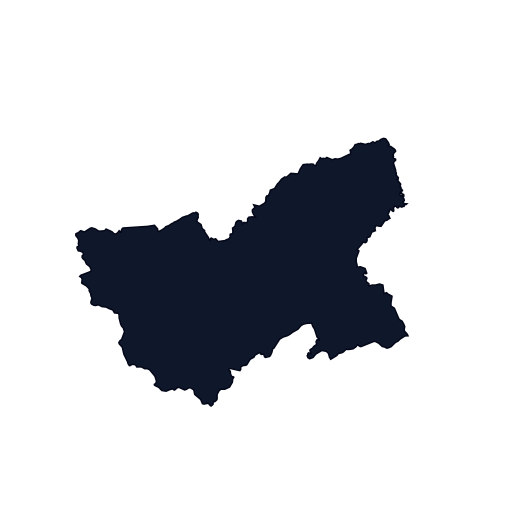 Lam Ha, Lâm Đồng, Vietnam, rotated 26°
{"feature_id": "81297802B58085294619279", "entity_name": "Lam Ha", "entity_type": "district", "adm_level": 2, "iso_a3": "VNM", "parent_name": "Vietnam", "parent_adm1": "Lâm Đồng", "projection": "albers", "projection_center": [108.219, 11.861], "detail": "fine", "context": "isolated", "style": "filled", "palette": "ink", "viewbox_px": 512, "rotation_deg": 26, "n_neighbors": 0, "source": "geoboundaries", "source_scale": "gbopen_adm2", "svg_char_len": 6140}
<svg xmlns="http://www.w3.org/2000/svg" viewBox="0 0 512 512"><g transform="rotate(26 256 256)"><path d="M359.9,163.5L357.8,161.7L356.4,161.2L356.2,155.3L357.0,155.0L359.1,155.8L360.0,155.6L359.9,154.8L358.5,152.5L358.7,150.5L360.0,149.9L361.4,150.6L362.5,150.6L363.4,148.3L365.5,148.2L366.4,147.3L366.6,146.5L367.3,146.4L367.2,144.5L368.3,144.0L368.7,143.0L367.2,143.7L364.9,143.8L364.6,142.5L365.0,141.3L364.6,140.5L363.6,140.0L363.6,139.4L362.3,139.2L362.2,138.5L362.7,137.5L361.8,136.0L360.1,136.1L361.0,137.5L360.7,138.3L358.5,138.3L358.0,136.6L359.2,136.3L359.5,135.7L359.1,135.3L357.9,135.3L357.7,134.7L359.0,133.3L358.9,132.8L356.8,131.8L356.1,130.7L354.8,130.1L354.7,128.5L354.3,127.8L349.3,125.6L350.2,125.0L349.6,123.2L346.7,121.9L345.6,119.7L344.3,118.8L344.0,117.7L338.8,112.2L338.6,111.5L339.5,108.5L338.9,107.7L337.3,107.9L336.7,107.7L336.0,107.2L335.9,106.1L335.3,105.9L334.7,103.3L335.6,100.8L334.9,99.8L333.5,99.2L329.2,98.5L326.7,98.9L326.8,97.4L325.2,96.0L321.1,93.8L319.0,94.4L317.0,96.6L316.1,98.7L314.3,100.0L313.5,102.1L311.0,102.1L308.9,105.2L307.5,105.7L305.5,107.7L300.7,108.8L299.4,110.0L298.8,110.0L297.6,111.5L296.3,112.4L296.2,115.1L295.4,117.8L294.2,119.7L295.4,121.0L296.2,123.2L294.8,124.3L289.5,131.0L287.1,133.0L284.1,134.1L283.4,135.2L281.9,136.1L276.4,136.4L275.6,138.1L273.4,138.8L272.6,139.8L270.6,139.5L270.5,142.9L269.9,145.8L270.1,148.0L269.7,148.8L268.3,149.0L267.4,148.4L266.6,148.6L264.6,149.5L263.3,150.5L262.1,150.8L258.3,153.2L257.6,158.1L257.8,163.5L257.3,164.0L251.1,166.4L249.1,171.4L248.3,172.1L247.2,172.3L245.3,175.6L244.3,180.3L243.7,181.7L243.1,187.3L240.0,190.5L240.6,193.1L240.7,196.2L239.3,197.3L239.2,198.9L240.6,202.1L240.8,203.7L240.3,205.1L237.2,209.8L231.5,211.0L233.8,212.8L232.5,216.0L233.3,217.8L235.4,219.6L238.5,221.4L235.5,222.4L232.6,224.2L232.1,226.1L233.1,228.1L233.3,229.7L232.5,230.5L230.4,231.1L229.9,233.0L227.5,231.0L224.6,231.7L223.4,233.6L223.3,234.9L224.1,238.6L222.7,241.2L224.7,244.5L225.1,245.8L224.9,246.4L223.3,247.6L223.5,248.6L224.4,249.9L224.3,251.7L223.8,252.8L222.4,254.1L221.3,255.8L215.5,259.6L212.2,258.2L210.7,259.6L207.9,259.5L207.5,260.1L207.9,262.1L207.1,262.2L204.9,260.1L199.2,256.8L198.6,255.6L195.6,254.9L192.8,251.8L188.4,251.2L187.2,249.8L187.2,246.7L186.2,245.2L185.8,243.8L184.6,243.0L182.8,243.0L182.0,244.4L181.1,244.5L180.2,245.2L177.0,249.9L176.1,250.4L172.8,253.7L171.8,255.8L169.2,259.8L167.6,261.4L167.3,262.5L166.1,263.7L164.5,266.6L162.0,269.3L161.7,270.7L160.0,273.8L157.7,276.8L156.9,276.5L155.5,274.7L151.3,272.9L145.4,277.0L124.4,289.0L123.8,289.7L123.7,291.8L124.3,294.0L124.0,294.2L121.9,293.3L121.5,295.8L120.1,298.0L118.7,298.2L115.8,297.3L109.4,297.5L109.2,298.9L108.2,300.1L103.8,302.6L99.6,302.1L95.9,302.7L94.7,303.9L91.3,309.6L87.3,310.1L86.0,313.0L84.4,314.9L84.6,315.7L85.2,316.7L88.1,318.1L89.8,319.6L91.0,323.0L92.1,324.3L92.1,325.1L91.2,326.3L91.6,327.3L94.0,329.3L96.2,328.6L99.0,328.7L100.3,330.2L99.7,332.0L100.3,333.5L102.3,334.6L103.9,334.8L107.1,337.5L111.2,338.4L114.0,340.6L114.2,342.1L113.9,342.7L106.9,350.2L106.5,351.7L108.6,351.9L110.0,353.2L111.1,356.5L111.6,356.9L116.6,357.2L120.6,358.7L121.2,360.3L123.8,362.2L125.2,364.2L127.1,365.8L127.8,369.8L128.2,370.6L129.3,371.3L131.8,371.4L133.6,370.8L135.7,369.0L139.8,369.0L143.7,367.6L146.8,367.7L150.9,367.3L153.8,369.2L157.3,367.9L158.0,368.1L159.4,370.0L160.0,371.5L164.1,376.4L165.9,377.9L168.3,378.9L171.0,381.7L171.8,389.8L170.8,392.2L170.7,394.0L171.7,395.0L175.8,396.6L180.3,402.2L187.2,407.6L188.0,408.7L190.1,410.0L190.7,409.9L192.2,407.7L194.5,406.8L195.7,406.8L197.5,408.0L201.6,405.9L205.3,406.1L207.8,404.9L210.3,404.9L217.6,408.2L219.5,410.0L221.5,412.3L221.8,414.7L220.9,415.8L221.1,416.4L222.1,416.7L226.3,416.7L230.3,418.2L234.5,416.9L237.4,413.6L239.2,412.1L240.3,412.0L241.1,412.4L241.6,412.2L243.3,408.3L245.0,407.8L250.6,407.7L252.0,406.3L253.3,404.0L254.9,403.2L258.4,403.5L259.2,404.1L261.6,407.3L269.2,409.2L272.6,412.2L274.2,411.9L277.3,409.5L278.3,409.5L280.7,410.6L281.5,410.4L282.4,408.3L281.6,405.9L283.0,404.7L283.8,402.5L283.7,401.5L281.7,397.4L281.9,393.1L282.9,391.1L286.3,389.5L289.7,385.4L290.1,379.8L289.0,376.9L289.2,374.8L288.9,374.5L287.5,374.8L286.3,374.6L284.4,372.6L283.5,370.9L281.7,370.4L281.3,369.3L281.6,368.7L282.8,368.2L291.8,366.1L292.0,364.7L291.0,362.7L291.2,361.9L292.3,360.3L294.7,358.7L295.4,357.8L296.0,351.4L298.5,347.9L298.6,345.5L301.6,341.1L302.1,340.9L302.8,341.9L303.4,342.1L304.3,342.0L305.3,341.1L306.2,341.1L307.9,342.9L309.0,343.0L312.2,340.4L312.6,339.0L312.5,335.7L311.7,332.2L312.5,330.9L313.7,320.5L315.7,317.2L319.3,313.7L320.9,311.3L322.3,308.5L325.8,303.4L326.9,299.0L328.5,296.5L331.3,294.2L334.6,292.4L335.1,291.7L338.1,294.5L340.6,296.0L346.4,302.1L348.6,302.6L349.5,303.2L349.6,303.8L348.1,303.9L347.6,304.5L347.6,306.9L349.0,308.5L349.1,309.1L347.6,311.9L347.2,314.1L345.7,316.5L345.9,317.3L347.8,319.2L348.1,320.0L345.8,319.9L345.4,320.9L345.9,322.6L345.7,323.1L347.2,324.6L349.3,324.8L351.7,322.3L352.8,317.8L356.6,312.1L360.8,310.9L362.6,311.3L364.1,312.0L366.3,314.7L368.4,316.1L372.2,310.1L372.8,307.5L375.3,305.6L376.6,303.9L377.8,300.5L380.6,299.2L383.9,296.9L385.6,293.9L386.1,291.4L389.3,291.7L390.1,291.4L399.4,281.1L400.9,280.5L404.6,280.6L409.2,282.0L411.6,281.4L413.5,281.6L414.9,280.9L417.2,278.3L419.2,272.6L421.0,270.2L421.8,267.8L424.4,263.4L425.2,262.4L427.6,261.1L426.3,260.0L422.2,258.3L421.4,257.0L420.6,254.2L418.2,252.1L415.8,250.5L413.2,250.3L411.9,249.8L403.3,242.3L399.3,241.8L397.9,239.0L395.9,232.5L391.1,232.3L389.5,231.7L387.5,233.6L382.8,226.5L379.3,227.0L375.9,229.9L373.3,231.1L370.6,233.4L369.6,231.4L367.0,230.9L366.1,230.4L365.3,229.3L365.6,227.8L365.2,227.1L364.1,226.7L361.5,226.8L360.8,226.2L360.9,223.5L361.3,223.3L362.6,223.8L363.1,222.9L359.5,219.4L354.5,219.9L352.7,221.2L351.5,221.2L351.0,220.1L348.6,217.2L347.1,214.1L346.3,206.3L344.0,205.8L346.0,198.6L345.7,197.1L348.5,196.0L349.2,194.9L349.0,193.1L347.7,191.0L349.9,188.8L349.6,183.8L352.2,180.9L350.4,178.5L350.7,176.3L351.0,175.7L353.1,175.4L355.4,174.5L356.3,168.0L358.2,166.2L359.0,164.4L359.9,163.5Z" fill="#0f172a" stroke="#020617" stroke-width="1.5"/></g></svg>